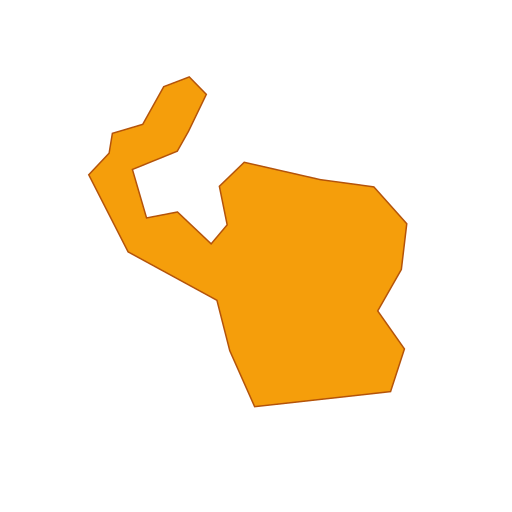 SVG path tracing the border of Makati, rotated 215°
{"feature_id": "PHL-5553", "entity_name": "Makati", "entity_type": "Highly Urbanized City", "adm_level": 1, "iso_a3": "PHL", "parent_name": "Philippines", "parent_adm1": "", "projection": "orthographic", "projection_center": [121.053, 14.551], "detail": "fine", "context": "isolated", "style": "filled", "palette": "amber", "viewbox_px": 512, "rotation_deg": 215, "n_neighbors": 0, "source": "natural_earth", "source_scale": "10m", "svg_char_len": 505}
<svg xmlns="http://www.w3.org/2000/svg" viewBox="0 0 512 512"><g transform="rotate(215 256 256)"><path d="M413.4,364.4L389.4,359.9L382.8,319.3L380.6,296.7L406.9,256.0L367.5,224.4L345.6,247.0L299.7,240.2L297.5,265.0L326.0,292.1L319.4,326.0L247.2,355.4L199.1,380.2L151.0,368.9L129.2,328.3L124.8,280.8L81.1,265.0L68.0,222.1L170.7,131.8L223.2,163.4L262.6,197.3L363.1,186.0L439.6,226.6L435.3,256.0L444.0,274.1L424.3,298.9L428.7,341.8L413.4,364.4Z" fill="#f59e0b" stroke="#b45309" stroke-width="1.5"/></g></svg>